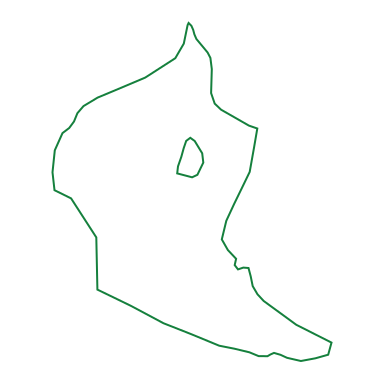 map outline of Şəki (Natural Earth projection)
{"feature_id": "AZE-1727", "entity_name": "Şəki", "entity_type": "District", "adm_level": 1, "iso_a3": "AZE", "parent_name": "Azerbaijan", "parent_adm1": "", "projection": "natural_earth1", "projection_center": [47.21, 41.124], "detail": "fine", "context": "isolated", "style": "outline", "palette": "green", "viewbox_px": 384, "rotation_deg": 0, "n_neighbors": 0, "source": "natural_earth", "source_scale": "10m", "svg_char_len": 1012}
<svg xmlns="http://www.w3.org/2000/svg" viewBox="0 0 384 384"><path d="M188.6,23.0L191.4,25.8L193.2,29.9L194.4,34.4L196.4,39.0L207.6,52.5L210.4,57.9L211.8,69.1L211.1,93.1L214.7,103.6L221.1,109.7L248.9,125.6L257.3,128.5L254.1,147.2L249.7,171.9L242.0,187.8L234.2,203.8L226.3,220.8L221.8,239.4L227.9,250.1L236.1,258.8L234.7,265.1L238.0,269.4L243.3,267.6L248.5,268.0L250.7,276.3L252.7,286.1L257.5,294.3L263.7,301.0L296.3,324.8L331.5,342.6L328.2,354.7L315.4,358.3L300.9,361.0L287.0,357.8L280.5,354.8L274.0,352.9L270.4,354.5L267.5,356.2L258.6,356.1L249.4,352.3L234.4,348.7L219.2,345.7L191.3,334.2L163.4,323.2L130.6,305.7L97.4,289.6L96.3,237.4L71.1,198.4L54.5,190.2L52.5,172.3L54.8,150.3L62.5,133.1L69.2,128.0L74.0,121.5L77.4,113.2L83.5,106.1L97.6,97.6L112.5,91.4L145.2,77.6L175.3,58.2L183.8,43.6L187.6,25.1L188.6,23.0ZM192.1,177.3L197.4,174.8L203.3,162.6L202.2,153.3L194.7,141.0L190.3,137.8L186.2,140.9L183.7,148.2L181.3,156.9L178.0,166.4L177.2,173.4L192.1,177.3Z" fill="none" stroke="#15803d" stroke-width="2"/></svg>